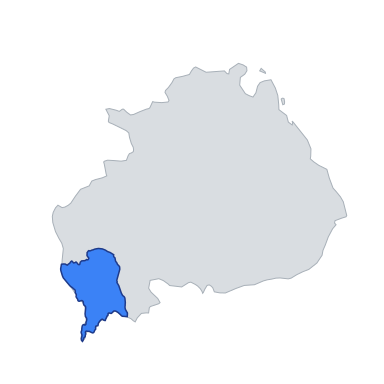 Rôtânôkiri highlighted on a map of Cambodia, rotated 167°
{"feature_id": "KHM-1795", "entity_name": "Rôtânôkiri", "entity_type": "Province", "adm_level": 1, "iso_a3": "KHM", "parent_name": "Cambodia", "parent_adm1": "", "projection": "albers", "projection_center": [107.133, 13.934], "detail": "fine", "context": "in_parent", "style": "filled", "palette": "blue", "viewbox_px": 384, "rotation_deg": 167, "n_neighbors": 0, "source": "natural_earth", "source_scale": "10m", "svg_char_len": 5935}
<svg xmlns="http://www.w3.org/2000/svg" viewBox="0 0 384 384"><g transform="rotate(167 192 192)"><path d="M332.3,71.0L333.2,74.2L330.9,80.0L328.5,85.4L323.9,90.1L323.7,93.5L322.1,103.8L322.7,107.0L323.8,109.8L325.3,111.3L329.3,121.4L332.9,130.5L336.6,138.0L337.2,142.7L333.9,154.7L330.1,165.8L330.4,171.3L332.1,176.8L333.9,184.1L334.5,193.5L333.6,199.6L331.8,203.4L328.5,207.3L325.6,209.3L322.1,206.0L319.3,205.9L315.6,206.9L312.6,208.4L306.6,214.1L300.0,219.7L290.8,221.1L287.2,225.2L283.4,225.8L276.1,226.0L271.4,226.9L271.6,229.0L271.2,238.8L271.3,241.1L270.5,241.7L267.2,242.0L261.7,240.4L254.1,238.0L248.8,237.6L246.0,241.8L244.3,243.5L242.3,243.7L240.1,244.5L239.4,246.4L239.2,248.8L240.2,252.9L240.6,259.3L240.3,263.8L242.3,266.6L253.8,276.0L257.2,278.4L257.6,279.8L255.5,284.9L257.3,292.0L253.7,291.9L247.6,288.8L244.7,286.9L241.2,288.4L240.0,288.1L237.7,284.5L234.6,280.9L231.4,280.7L224.7,282.0L217.8,283.0L215.2,283.0L214.1,283.6L210.0,288.9L208.4,288.0L201.4,285.9L195.1,285.1L193.8,286.4L194.5,290.8L195.9,295.1L195.0,296.9L191.5,299.1L186.9,303.1L184.1,306.3L182.1,307.0L175.1,306.8L168.1,307.1L165.3,310.1L162.6,312.4L160.3,313.0L151.3,305.5L133.2,302.7L131.3,299.5L129.6,298.8L127.8,303.0L117.8,306.9L113.7,304.4L110.7,301.4L111.2,297.8L114.1,294.9L119.1,292.8L121.5,285.4L117.9,275.8L114.6,273.0L111.2,270.8L107.4,274.3L104.3,280.3L101.0,283.3L96.5,284.0L89.8,283.6L87.4,274.5L86.7,266.7L87.8,257.9L88.8,252.7L82.6,245.3L82.4,238.4L79.3,234.8L78.4,236.6L78.5,238.6L77.6,237.1L67.9,216.7L66.4,207.3L68.3,200.1L69.3,197.7L66.5,193.9L62.5,189.5L55.5,183.7L55.1,174.7L53.7,164.1L51.7,160.5L48.5,154.0L46.8,148.5L46.5,134.3L47.5,133.2L52.5,132.8L59.1,131.9L60.1,129.7L59.0,127.7L63.2,124.6L69.3,117.6L74.1,110.3L77.5,105.7L79.5,101.1L86.3,94.7L95.6,90.3L101.9,89.4L108.4,87.9L114.7,85.8L117.7,85.7L125.4,88.4L129.6,89.2L134.0,89.2L138.5,89.5L142.5,89.3L152.0,87.6L162.1,89.2L171.1,88.1L182.2,86.1L187.7,87.5L192.7,89.7L193.3,94.0L194.5,96.0L196.1,97.6L198.3,97.6L201.2,94.6L203.6,91.5L204.4,90.9L204.5,92.4L205.6,95.8L207.7,99.2L209.8,101.4L213.4,104.4L215.7,104.5L223.4,101.8L234.8,105.9L236.1,107.9L239.8,112.1L243.8,115.0L252.7,115.3L255.9,108.0L254.4,103.6L249.3,95.9L248.0,91.4L249.6,90.6L258.2,89.8L259.6,88.9L261.5,83.9L263.8,84.5L268.6,85.1L273.6,81.7L276.6,78.2L278.2,79.8L280.0,82.3L282.0,83.8L285.6,85.9L289.6,89.0L292.0,92.0L294.0,93.1L299.2,92.3L300.5,92.4L303.5,88.8L305.6,86.9L307.3,87.4L309.9,87.4L315.2,82.8L318.3,78.6L319.9,77.4L324.7,79.5L326.6,79.1L329.4,73.3L332.3,71.0ZM84.2,262.5L83.2,263.0L82.3,263.0L81.3,262.2L81.5,258.9L82.2,256.9L83.9,256.6L84.2,262.5ZM98.8,294.8L96.8,296.9L93.6,292.4L93.7,291.1L98.8,294.8Z" fill="#d9dde1" stroke="#a8b0b8" stroke-width="1"/><path d="M332.4,71.1L333.1,72.6L332.8,74.0L331.5,76.9L331.4,77.7L331.6,79.4L331.6,80.3L331.3,81.0L330.5,82.1L330.3,82.9L330.2,83.3L330.0,84.0L329.4,85.5L328.9,86.4L328.2,87.0L327.1,87.2L326.8,87.1L326.6,86.7L326.3,86.4L325.5,86.7L325.1,87.1L324.9,87.5L324.9,88.0L324.7,88.6L323.6,90.5L323.2,91.6L323.1,92.7L323.2,93.2L323.7,94.3L323.9,94.9L323.8,95.4L323.6,97.4L321.7,102.8L321.5,104.2L321.7,104.8L322.2,105.4L322.8,106.3L322.9,107.4L322.8,108.6L322.7,109.8L323.4,110.8L324.3,111.1L326.4,110.9L327.2,111.3L327.5,111.8L327.6,112.4L327.5,112.9L327.6,113.4L328.3,115.1L328.4,115.4L328.5,116.1L328.3,116.7L328.0,117.3L327.8,118.3L328.4,120.0L328.3,120.5L328.0,121.7L328.0,122.3L328.2,123.2L329.3,124.4L329.8,125.3L329.9,125.5L331.2,126.9L332.2,128.3L336.7,137.2L337.1,139.3L337.5,144.8L337.3,146.6L335.5,150.9L335.0,151.0L334.6,150.9L333.0,150.7L332.7,150.6L331.9,150.3L331.7,150.3L331.6,150.2L331.4,149.9L331.2,149.7L330.7,149.5L330.2,148.9L329.9,148.8L329.7,148.8L329.4,149.1L329.2,149.3L328.4,149.6L328.0,149.8L327.3,150.0L327.2,150.1L326.8,150.4L326.5,150.7L326.1,151.1L325.9,151.3L324.8,151.8L324.3,151.4L324.3,151.1L324.0,150.8L323.5,149.8L323.2,149.5L321.9,149.5L321.3,149.6L320.8,149.9L320.2,149.2L319.4,147.4L318.9,146.8L317.9,146.6L317.4,147.1L317.1,147.9L316.6,148.8L315.0,149.7L311.7,149.2L309.8,149.9L309.4,149.5L308.7,149.4L308.4,149.5L307.7,150.3L307.5,150.6L307.5,150.8L307.5,151.0L307.6,151.4L307.8,151.7L308.0,152.0L308.2,152.4L308.3,152.5L308.5,153.4L308.5,153.7L308.6,153.9L308.5,154.2L308.5,154.4L308.4,154.6L308.2,154.9L308.1,155.1L308.0,156.2L307.9,156.4L307.8,156.6L307.5,156.8L306.4,157.8L306.0,158.0L305.7,158.1L305.3,157.9L305.2,157.8L305.1,157.7L304.9,157.6L304.0,157.6L302.7,157.9L302.3,157.9L302.1,157.9L301.4,157.9L299.8,158.2L298.9,158.2L296.6,158.1L295.7,158.0L292.1,156.7L289.5,154.9L287.6,152.9L285.4,151.5L285.1,151.2L282.4,148.5L282.8,147.6L282.8,146.9L282.8,146.6L282.7,146.4L282.6,146.2L282.2,145.6L281.9,145.2L281.9,144.6L282.0,142.5L282.0,141.9L281.9,141.3L281.3,140.4L280.9,138.3L280.0,136.8L279.8,136.4L279.6,136.1L279.4,135.7L279.5,134.3L279.8,132.8L285.1,123.0L285.2,122.6L285.1,121.3L285.5,120.7L285.3,120.0L284.4,117.2L283.6,109.4L282.9,106.8L282.5,106.3L282.1,105.8L281.7,105.3L281.4,104.6L281.3,103.9L281.3,103.2L281.9,98.9L282.1,98.5L282.4,97.6L282.5,96.9L283.1,95.3L283.3,94.1L283.3,93.0L283.2,92.1L282.9,91.3L282.7,90.3L282.2,89.1L282.2,88.5L282.3,87.9L283.0,85.5L283.1,85.2L283.9,85.4L287.9,86.6L288.1,86.8L288.5,87.3L288.8,87.6L289.2,88.5L291.1,91.2L292.6,92.7L293.3,93.2L294.1,93.5L294.9,93.6L297.0,92.4L297.3,92.1L297.6,91.9L298.2,91.9L298.7,92.1L299.7,92.7L300.3,92.8L301.0,92.6L301.2,92.3L301.2,92.0L301.8,90.5L302.5,90.4L303.8,88.6L305.4,86.6L305.4,86.3L305.6,86.3L306.3,86.6L307.2,87.3L307.6,88.0L308.2,88.3L309.4,87.9L311.1,86.8L312.6,85.4L313.1,84.5L313.4,83.5L313.8,82.9L314.6,82.9L315.5,83.0L316.0,82.8L316.5,81.6L316.6,80.5L316.7,80.1L316.9,79.8L317.6,79.4L317.9,79.2L318.8,77.8L319.6,77.1L320.7,77.1L322.1,78.2L323.2,79.2L323.7,79.4L324.7,79.6L326.0,80.2L326.6,80.2L327.3,79.6L327.5,79.2L327.5,78.7L327.4,78.2L327.5,77.8L327.6,77.3L328.0,76.8L328.2,76.4L328.6,75.2L329.0,74.8L329.9,74.4L331.7,71.7L332.4,71.1Z" fill="#3b82f6" stroke="#1e3a8a" stroke-width="1.5"/></g></svg>